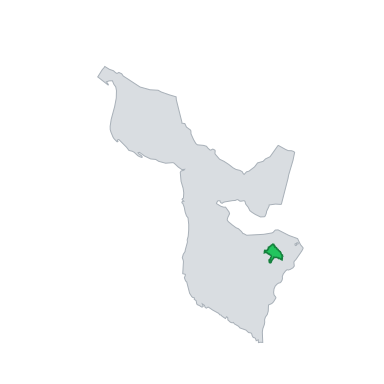 location of Muembe, Niassa, Mozambique, rotated 124°
{"feature_id": "85939544B2234925194697", "entity_name": "Muembe", "entity_type": "district", "adm_level": 2, "iso_a3": "MOZ", "parent_name": "Mozambique", "parent_adm1": "Niassa", "projection": "albers", "projection_center": [35.883, -12.778], "detail": "fine", "context": "in_parent", "style": "filled", "palette": "green", "viewbox_px": 384, "rotation_deg": 124, "n_neighbors": 0, "source": "geoboundaries", "source_scale": "gbopen_adm2", "svg_char_len": 7077}
<svg xmlns="http://www.w3.org/2000/svg" viewBox="0 0 384 384"><g transform="rotate(124 192 192)"><path d="M122.0,258.4L124.3,256.6L139.6,239.6L140.6,238.9L139.3,236.2L141.3,232.9L141.5,227.8L142.1,227.0L144.4,225.3L147.7,220.0L149.7,215.9L149.9,214.0L146.9,208.5L146.0,205.6L146.8,203.0L147.1,200.6L146.7,199.8L144.8,198.8L144.6,197.8L144.5,196.5L144.9,195.8L147.1,194.6L147.6,194.0L149.4,187.5L148.7,182.7L148.6,177.1L149.0,171.4L148.7,168.1L147.3,164.4L147.1,161.7L148.1,159.8L148.3,158.6L144.8,158.1L143.0,156.5L136.3,154.2L131.2,153.9L126.8,150.2L123.5,149.6L119.1,147.0L105.6,146.7L105.1,146.4L104.4,138.2L103.9,135.4L102.1,132.5L101.6,130.5L101.7,129.1L109.2,126.0L123.8,121.4L127.0,120.0L152.1,111.1L152.8,111.7L155.3,116.0L159.6,120.8L160.6,120.2L166.6,119.3L167.5,118.7L169.3,118.2L171.4,117.9L172.1,118.2L174.4,121.3L175.2,127.0L175.3,130.8L175.1,133.6L173.3,136.7L172.0,140.7L170.1,142.9L170.1,144.0L172.3,146.3L172.8,147.3L172.7,149.4L173.0,150.3L174.9,151.5L176.4,153.5L181.8,159.2L183.2,160.3L184.3,160.5L184.8,161.6L184.5,163.0L183.7,163.7L184.1,164.8L185.1,165.7L187.6,165.5L187.9,165.1L187.7,160.0L186.8,157.1L185.8,155.7L187.8,150.2L189.0,148.7L193.1,148.1L194.9,147.5L195.7,146.9L196.3,145.1L196.8,140.2L197.0,135.6L196.5,132.9L197.1,128.9L198.0,126.4L197.6,125.9L197.3,122.5L187.0,108.9L181.2,102.8L180.2,102.2L177.0,101.7L175.3,99.5L173.8,87.3L171.6,78.4L175.0,72.6L176.1,68.8L176.8,68.3L179.6,68.0L189.8,68.1L192.4,68.5L193.5,68.1L196.2,65.8L198.4,65.9L201.3,67.3L202.9,68.6L203.2,69.7L205.1,70.3L208.8,70.5L211.5,69.9L213.2,68.6L214.9,68.0L216.8,67.9L218.1,68.3L219.1,69.3L220.9,70.0L223.5,70.4L226.5,69.8L229.6,68.2L231.4,66.5L232.4,63.6L233.0,63.2L237.5,63.0L239.9,63.5L242.9,65.4L248.1,62.2L251.5,61.1L254.7,61.2L257.3,60.4L259.3,58.9L261.5,57.9L265.9,56.8L268.9,55.3L277.2,49.2L278.1,51.0L279.7,52.7L277.5,54.4L279.4,55.6L278.0,57.4L277.8,58.6L278.4,59.8L277.5,61.7L276.2,63.2L275.9,64.4L276.9,66.5L276.3,70.1L277.9,76.3L277.3,78.3L277.6,83.1L277.0,84.8L278.0,85.5L278.5,87.4L278.0,90.7L276.2,92.1L276.0,93.5L278.2,93.5L278.2,97.7L277.8,99.0L278.3,100.4L277.7,101.9L278.3,108.7L278.3,113.6L278.4,114.3L280.3,115.2L280.3,116.6L279.0,118.3L279.0,120.9L280.5,118.8L281.3,118.9L282.0,119.7L282.0,122.6L282.4,124.1L282.2,125.4L279.8,127.8L279.7,130.2L278.8,130.5L278.4,131.0L279.0,132.4L278.9,133.6L277.3,137.3L269.5,146.1L269.3,147.6L267.3,150.4L265.2,150.8L264.0,151.5L264.9,154.0L254.6,160.1L253.6,161.0L251.9,163.3L248.5,164.4L244.9,164.5L244.3,165.0L236.0,167.8L234.4,169.2L230.8,170.4L225.3,173.5L220.8,176.5L215.6,180.9L214.9,183.2L212.5,186.4L208.9,190.0L206.7,193.1L206.6,194.4L205.3,194.8L204.2,193.6L203.8,196.0L202.9,196.2L201.9,195.7L197.4,198.3L194.0,201.3L189.2,207.1L182.3,212.7L180.7,212.8L178.5,210.9L177.3,210.8L179.1,212.9L179.0,217.6L178.1,223.0L178.3,224.2L182.9,230.0L185.2,236.8L185.3,240.3L187.7,244.7L188.7,251.4L188.5,257.7L189.6,258.7L190.0,257.8L190.2,253.9L190.8,252.8L191.4,252.9L192.0,255.1L192.2,257.3L191.4,262.2L191.6,264.2L192.8,267.5L191.5,271.3L189.4,281.9L189.9,282.6L191.0,282.8L191.3,281.7L191.9,281.7L192.3,282.4L191.4,286.5L190.6,288.3L187.6,292.8L186.0,294.7L183.3,296.6L177.0,299.6L164.4,303.9L156.5,307.3L150.2,311.3L147.5,314.0L146.4,317.0L144.3,320.2L146.2,322.8L148.5,324.6L149.6,321.5L150.2,321.4L149.3,334.5L140.6,334.8L138.1,334.4L136.7,334.5L136.5,329.1L135.4,325.0L135.8,322.1L135.7,320.5L133.8,319.5L133.3,316.4L134.3,313.9L134.0,293.8L130.8,284.1L126.6,277.0L126.3,273.5L124.3,265.7L122.0,258.4ZM177.2,77.6L178.3,77.1L178.5,76.1L177.8,75.6L177.1,75.7L176.9,77.3L177.2,77.6ZM176.5,75.8L175.6,75.0L175.0,75.2L174.8,75.9L175.4,76.7L176.2,76.7L176.5,75.8Z" fill="#d9dde1" stroke="#a8b0b8" stroke-width="1"/><path d="M198.6,97.4L198.9,97.5L199.1,97.5L199.3,97.7L199.3,97.8L199.4,98.0L199.2,98.2L199.3,98.3L199.5,98.2L199.5,98.3L199.5,98.5L199.8,98.6L199.6,98.7L199.7,98.9L199.8,98.8L200.0,98.9L200.1,98.7L200.4,98.6L200.5,98.6L200.8,98.6L200.8,98.4L201.0,98.3L201.2,98.2L201.4,98.2L201.5,98.2L202.0,98.0L201.9,97.9L201.7,97.8L201.4,97.9L201.2,97.8L201.1,97.7L201.0,97.3L200.9,97.0L200.7,96.9L200.6,96.7L200.5,96.4L200.5,96.2L200.5,95.9L200.4,95.8L200.5,95.7L200.4,95.6L200.4,95.0L200.5,94.9L200.5,94.6L200.6,94.4L200.5,94.2L200.4,94.1L200.4,93.9L200.2,93.8L200.2,93.7L200.3,93.7L200.2,93.5L200.2,93.4L200.4,93.4L200.5,93.4L200.4,93.1L200.5,93.0L200.5,92.6L200.5,92.3L200.5,91.9L200.4,91.7L200.3,91.3L200.4,91.0L200.4,90.5L200.2,90.4L200.6,90.4L201.1,90.2L201.3,90.1L201.4,89.9L201.7,89.9L202.3,90.1L202.5,90.0L202.6,89.8L202.8,89.7L203.0,89.7L203.2,89.8L203.4,89.8L203.5,89.8L203.4,89.7L203.5,89.6L204.0,89.8L204.1,89.7L204.2,89.4L204.3,89.4L204.4,89.5L204.5,89.6L204.5,89.4L205.0,89.4L204.9,89.5L205.0,89.6L205.5,89.4L205.5,89.5L205.9,89.6L205.9,89.4L206.0,89.2L206.3,89.2L206.5,88.9L206.6,88.7L206.9,88.7L207.1,88.4L206.9,88.3L206.9,88.2L206.9,87.7L206.7,87.5L206.7,87.4L206.7,87.2L206.4,87.1L206.1,87.1L205.9,87.1L205.6,87.2L205.2,87.3L205.3,87.4L205.3,87.5L205.1,87.5L204.9,87.6L204.7,87.8L204.4,87.9L204.2,87.7L203.6,87.5L203.4,87.6L203.2,87.6L202.7,87.5L202.4,87.5L202.2,87.4L201.5,87.3L201.2,87.3L200.8,87.5L200.4,87.8L200.2,87.8L200.1,87.6L200.1,87.2L200.0,86.9L199.8,86.7L199.7,86.5L199.6,86.4L199.5,86.1L199.3,85.9L199.1,85.8L198.9,85.6L198.9,85.2L198.7,84.8L198.7,84.6L198.6,84.4L198.7,84.2L198.6,83.9L198.6,83.7L198.5,83.4L198.4,83.4L198.5,83.2L198.4,83.2L198.2,83.0L198.1,82.9L198.0,82.7L198.0,82.4L198.0,82.1L198.0,81.9L198.0,81.6L198.2,81.4L198.1,81.2L198.1,80.9L198.0,80.7L198.1,80.4L198.1,80.2L198.0,79.6L197.9,79.5L197.9,79.4L197.2,79.7L197.2,79.9L197.3,80.1L197.1,80.2L197.0,80.5L196.9,80.5L196.9,80.4L196.5,80.4L196.5,80.2L196.4,80.1L196.1,80.2L196.0,80.3L195.9,80.5L195.7,80.8L195.5,81.1L195.0,81.2L194.8,81.3L194.6,81.5L194.5,81.4L194.5,81.5L194.3,81.6L194.2,81.8L194.1,81.7L193.9,81.8L194.0,81.9L193.8,82.0L193.8,82.3L193.8,82.5L193.8,82.8L193.7,82.9L193.6,83.2L193.1,83.9L192.8,84.1L192.8,84.4L192.7,84.5L192.5,84.8L192.4,85.0L192.1,85.4L192.1,85.5L192.3,85.8L192.4,86.0L192.3,86.3L192.1,86.4L192.0,86.6L192.0,86.8L192.1,87.3L192.1,87.5L192.1,87.8L191.9,88.0L191.7,88.2L191.6,88.7L191.5,88.8L191.5,89.0L191.7,89.4L191.6,89.5L191.7,89.9L191.6,90.0L191.4,90.2L191.4,90.3L191.2,90.5L191.3,90.6L191.3,90.8L191.0,91.1L191.1,91.3L191.1,91.5L191.1,91.9L191.1,92.0L190.9,92.2L190.9,92.3L191.0,92.3L191.0,92.5L191.3,92.6L191.2,92.7L191.0,92.8L190.9,92.8L191.0,92.8L190.9,92.8L190.9,93.0L190.9,93.4L190.7,93.5L190.4,93.6L190.4,93.8L190.4,94.1L190.2,94.0L190.2,94.4L190.1,94.5L189.9,94.7L189.8,94.8L190.1,95.1L190.1,95.3L190.0,95.5L190.0,95.4L190.0,95.5L189.9,95.5L190.0,95.8L190.2,96.0L190.8,96.0L191.1,96.2L191.5,96.3L191.8,96.5L191.9,96.4L191.8,96.1L192.0,96.3L192.3,96.4L192.6,96.5L192.9,96.7L193.0,96.8L193.2,96.7L193.4,96.7L193.8,97.0L194.0,97.0L194.3,97.2L194.4,97.3L194.5,97.3L194.8,97.5L194.8,97.4L195.0,97.5L195.1,97.4L195.2,97.5L195.6,97.3L195.6,97.2L196.0,97.0L196.3,97.2L196.5,97.0L196.9,96.9L196.9,97.0L197.0,97.0L197.3,97.0L197.3,96.9L197.5,96.9L197.9,96.9L198.0,96.9L198.0,97.0L198.4,97.0L198.5,97.3L198.6,97.4Z" fill="#22c55e" stroke="#15803d" stroke-width="1.5"/></g></svg>